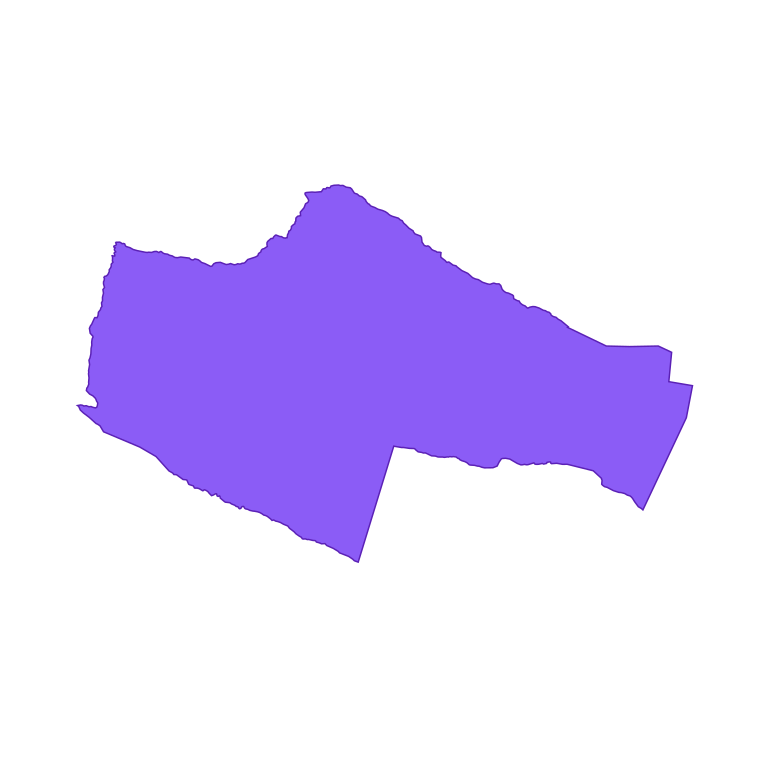 Ullum, San Juan, Argentina, rotated 107°
{"feature_id": "61730980B46716169011508", "entity_name": "Ullum", "entity_type": "district", "adm_level": 2, "iso_a3": "ARG", "parent_name": "Argentina", "parent_adm1": "San Juan", "projection": "equal_earth", "projection_center": [-68.925, -31.048], "detail": "fine", "context": "isolated", "style": "filled", "palette": "violet", "viewbox_px": 768, "rotation_deg": 107, "n_neighbors": 0, "source": "geoboundaries", "source_scale": "gbopen_adm2", "svg_char_len": 6168}
<svg xmlns="http://www.w3.org/2000/svg" viewBox="0 0 768 768"><g transform="rotate(107 384 384)"><path d="M275.4,224.5L271.8,233.1L271.1,236.4L269.9,239.0L270.0,241.5L269.8,242.9L269.0,244.6L268.0,245.2L267.1,247.2L267.3,248.9L266.7,251.1L266.9,253.3L266.0,257.8L265.9,262.1L266.4,264.3L267.8,266.9L269.1,268.3L269.4,269.2L268.1,271.8L267.8,274.6L267.2,276.3L266.4,277.8L265.2,278.9L265.3,281.1L264.5,284.9L261.9,286.0L261.3,287.1L260.7,291.5L260.9,294.2L260.1,296.7L258.9,298.7L255.6,301.2L254.6,303.3L255.4,305.8L255.4,308.4L256.0,309.5L257.7,311.8L258.0,314.1L257.9,319.5L256.6,324.2L256.8,327.4L256.4,330.4L253.7,336.2L252.8,342.6L250.7,348.3L249.9,349.7L250.1,352.7L248.4,357.5L248.6,358.4L249.3,359.2L249.3,359.7L248.1,361.5L246.2,366.6L244.6,367.3L241.7,367.9L241.6,369.0L242.4,371.8L241.9,373.3L241.8,375.8L241.4,377.7L239.9,379.8L239.1,381.7L239.2,382.7L239.8,383.5L239.8,385.9L237.2,389.1L232.9,391.0L231.8,392.3L231.4,398.2L230.2,400.0L229.0,401.0L227.7,405.7L225.5,409.7L224.5,412.1L222.5,414.4L222.3,416.4L221.2,418.7L221.2,425.1L220.9,427.4L220.2,429.5L219.7,430.2L218.8,433.2L218.5,436.3L218.6,441.0L217.9,444.3L217.7,448.1L217.4,449.2L216.4,450.6L216.3,451.7L215.7,452.9L214.6,454.5L213.3,455.5L211.6,459.2L211.3,460.1L211.4,462.5L210.2,465.1L210.2,467.6L210.0,468.3L206.9,472.0L206.2,473.7L206.8,477.7L206.1,481.3L207.0,483.8L207.0,485.6L208.6,490.0L210.2,492.6L212.0,493.0L212.4,493.5L212.7,495.7L213.0,496.2L214.4,496.6L215.1,499.1L218.4,500.1L220.8,506.0L221.5,509.0L223.1,513.1L223.7,514.5L224.5,515.3L225.4,515.1L226.2,514.4L228.8,511.1L230.4,509.7L231.9,509.7L232.7,510.0L234.6,511.7L238.8,512.0L244.2,514.3L247.4,513.0L248.8,515.6L250.6,516.6L251.2,516.7L254.2,516.0L255.1,516.4L256.9,516.1L257.9,517.1L260.4,518.6L262.2,518.1L264.4,518.5L265.7,519.7L267.5,519.5L269.5,519.9L272.4,519.4L272.7,520.3L273.3,520.8L273.6,523.0L273.0,525.1L273.4,526.7L273.1,530.8L273.5,531.4L275.5,532.5L277.3,532.9L277.9,534.6L281.6,536.9L283.0,537.2L284.6,536.8L286.6,535.8L289.6,538.3L290.5,539.7L291.3,540.2L292.3,540.5L293.6,540.4L295.9,542.1L298.2,542.2L300.1,544.0L304.8,550.7L308.6,552.5L309.6,553.7L310.0,555.1L310.6,555.5L311.5,557.0L311.8,559.1L313.0,560.5L313.8,562.2L313.7,566.0L314.9,567.7L315.9,569.9L315.5,576.1L317.1,580.1L318.7,581.9L321.7,583.1L322.2,584.2L321.2,590.4L321.1,594.0L320.1,596.1L319.5,598.0L319.6,600.8L319.7,601.5L321.1,602.7L321.4,603.7L321.3,605.4L320.5,607.0L322.0,615.5L323.6,618.5L324.1,621.0L323.4,624.0L323.6,626.8L323.1,628.8L323.6,631.9L323.4,633.5L322.5,635.7L322.7,636.6L324.1,637.7L323.7,640.2L323.9,640.9L324.5,642.5L326.1,644.7L326.8,647.7L327.4,648.8L327.8,650.7L328.6,659.0L328.7,663.2L327.9,666.7L327.9,670.5L327.5,671.6L325.8,673.0L325.8,674.3L326.4,675.5L325.8,677.0L325.6,678.2L326.8,681.7L327.4,681.9L328.5,680.8L329.1,680.8L329.9,681.2L331.1,682.6L331.5,682.6L332.1,682.2L332.4,680.9L333.7,681.3L334.7,681.0L336.1,679.2L337.3,680.3L338.1,680.2L339.1,679.3L340.2,678.9L340.7,679.6L340.6,681.0L340.8,681.5L342.5,680.5L345.8,679.7L346.7,678.8L349.2,679.9L351.1,679.3L352.8,679.4L355.1,680.2L356.8,679.6L359.8,680.0L361.0,680.5L362.1,681.4L362.8,682.7L364.0,683.0L364.7,682.3L366.6,681.9L368.3,682.1L370.3,681.5L373.4,679.5L375.9,680.4L379.2,678.8L383.4,678.6L386.8,677.5L389.0,677.9L392.3,676.4L394.0,677.0L395.8,676.9L398.9,678.1L402.1,677.5L404.5,677.8L405.0,679.9L405.9,680.2L412.3,681.0L414.2,681.7L416.9,682.0L421.4,679.8L423.4,676.4L424.3,676.0L426.1,676.3L429.4,675.8L432.2,674.8L435.6,674.5L441.0,673.1L444.8,672.8L447.5,673.1L451.5,671.2L457.8,670.4L459.0,669.8L460.6,669.6L464.4,667.9L468.7,667.0L470.4,666.3L473.5,666.5L474.8,667.0L477.3,666.7L479.7,662.6L480.4,659.0L482.0,655.9L483.3,654.6L484.1,654.2L485.8,652.2L488.4,651.8L490.2,651.9L491.2,652.9L491.4,655.6L491.2,657.6L492.0,659.5L491.8,662.4L492.8,664.6L492.5,666.1L492.7,667.9L494.2,670.8L494.7,669.4L497.7,666.8L499.6,662.9L501.9,656.6L506.0,647.8L506.2,646.1L507.0,643.4L511.7,638.2L515.7,599.2L520.0,580.8L530.0,564.2L530.9,560.1L532.0,558.5L531.4,556.0L534.1,548.2L533.5,545.4L533.6,544.4L536.9,541.5L537.1,540.8L537.2,536.5L538.7,535.1L538.9,534.4L538.2,532.3L538.1,530.2L539.1,526.2L538.7,525.5L537.7,525.0L537.7,523.5L538.3,521.1L539.5,519.4L541.2,516.3L540.3,515.0L538.2,512.9L538.0,512.0L539.8,510.9L540.0,509.8L539.1,508.5L539.9,507.7L541.0,507.2L543.2,502.0L543.4,501.2L542.6,496.8L543.3,494.7L543.6,491.1L544.3,489.6L544.1,487.9L545.4,486.2L545.5,485.4L544.7,484.5L542.8,484.0L542.2,482.8L542.3,482.3L543.7,480.7L543.9,479.7L543.7,477.6L544.1,475.3L543.8,471.8L543.6,471.2L543.2,467.7L543.2,465.5L543.7,463.0L544.5,460.7L544.4,458.8L544.7,456.9L546.1,453.2L547.2,451.2L546.3,449.7L546.8,447.4L546.6,445.5L546.7,442.6L547.5,439.1L547.9,434.5L549.6,432.2L551.6,426.8L553.0,424.4L554.2,420.7L554.7,418.4L555.9,416.8L555.9,416.0L555.1,413.9L555.2,411.9L554.7,410.6L554.4,406.3L553.9,404.0L554.1,403.4L554.9,402.5L554.8,399.5L555.1,397.0L553.9,393.8L555.2,391.5L556.0,384.6L557.4,379.0L558.5,377.1L559.2,367.4L560.7,362.6L561.7,360.7L561.9,356.6L440.6,356.5L439.6,348.6L439.0,346.7L438.1,340.8L436.9,336.3L437.0,335.6L437.8,334.2L438.9,331.5L438.4,328.0L438.5,326.2L437.8,324.3L438.8,317.5L437.9,313.8L438.0,310.9L436.7,306.6L436.5,304.8L435.1,301.9L435.1,301.2L434.2,299.9L433.8,297.7L433.2,296.7L432.7,293.8L433.5,291.6L433.4,290.6L434.2,289.4L434.6,287.2L434.6,283.7L435.1,281.4L436.3,278.9L436.3,277.9L435.3,273.5L435.2,270.6L434.8,269.0L435.0,266.1L434.8,263.4L432.2,255.3L429.4,251.8L425.1,251.1L421.3,249.9L420.7,249.2L419.5,246.0L419.0,241.8L421.0,233.3L421.3,229.5L420.8,228.0L419.8,226.2L419.6,224.2L419.1,222.8L415.6,217.6L416.4,216.5L416.4,215.2L415.6,212.8L413.7,209.4L413.9,207.9L412.4,205.3L411.4,205.3L411.1,204.9L410.1,202.9L410.0,201.9L410.9,201.4L411.2,200.5L409.3,195.6L408.6,189.7L407.2,185.4L405.8,158.5L410.7,148.4L411.2,148.3L412.4,147.3L416.2,146.5L416.9,145.4L417.7,143.1L417.6,140.4L418.9,133.5L419.0,127.8L418.5,125.3L418.4,122.7L418.4,121.6L419.1,118.9L419.1,116.1L419.5,114.9L420.6,113.0L423.3,109.9L427.0,104.9L427.8,101.5L428.7,99.6L327.9,85.0L295.4,88.5L298.5,112.3L269.6,118.2L267.5,132.8L276.4,160.0L282.7,182.5L276.2,225.0L275.4,224.5Z" fill="#8b5cf6" stroke="#5b21b6" stroke-width="1.5"/></g></svg>